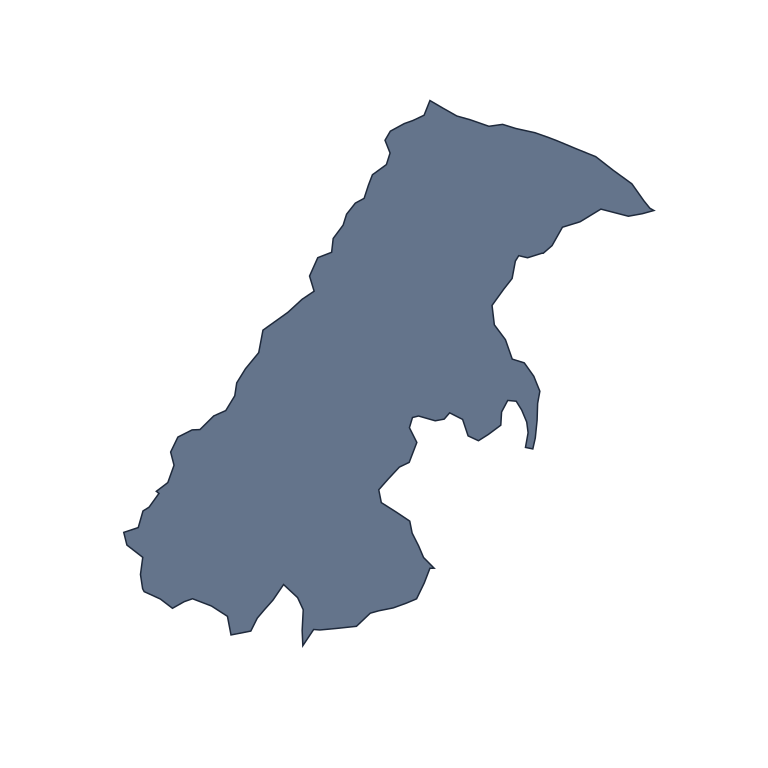 Pano Kivides, Limassol, Cyprus (orthographic projection), rotated 21°
{"feature_id": "46923920B16350634137742", "entity_name": "Pano Kivides", "entity_type": "district", "adm_level": 2, "iso_a3": "CYP", "parent_name": "Cyprus", "parent_adm1": "Limassol", "projection": "orthographic", "projection_center": [32.846, 34.75], "detail": "fine", "context": "isolated", "style": "filled", "palette": "slate", "viewbox_px": 768, "rotation_deg": 21, "n_neighbors": 0, "source": "geoboundaries", "source_scale": "gbopen_adm2", "svg_char_len": 1891}
<svg xmlns="http://www.w3.org/2000/svg" viewBox="0 0 768 768"><g transform="rotate(21 384 384)"><path d="M496.8,538.0L483.1,531.8L474.3,522.7L463.7,513.1L457.2,502.8L441.4,499.2L424.0,495.7L417.0,484.6L422.0,471.2L428.1,456.1L435.6,448.1L435.6,426.8L423.4,415.7L422.6,405.1L427.7,401.5L445.0,400.0L452.8,395.2L455.6,387.4L470.1,388.9L481.1,402.3L492.5,403.1L499.5,393.7L507.8,380.6L503.8,368.0L505.4,355.0L513.6,352.7L521.9,359.0L530.9,368.4L536.0,377.9L538.8,392.5L546.2,391.3L544.6,380.2L539.9,362.9L534.4,347.1L532.1,334.9L524.7,327.0L521.1,323.1L507.4,314.0L494.8,314.8L481.5,299.1L465.8,289.2L456.7,271.9L461.8,252.6L465.8,239.6L462.6,222.2L463.8,215.9L472.8,214.7L484.6,205.3L485.8,204.9L491.3,194.6L494.4,173.7L508.9,162.3L523.8,143.0L552.0,139.8L564.2,132.4L573.8,125.3L569.2,124.6L560.9,119.8L543.7,108.3L521.6,102.4L500.3,95.9L478.6,95.5L458.2,94.9L449.8,94.9L434.8,95.3L415.6,98.2L401.7,99.1L389.6,105.8L370.1,106.4L356.0,107.7L339.9,105.3L325.3,102.9L325.1,118.7L316.5,127.7L309.6,133.6L299.3,145.7L297.6,156.1L306.9,166.2L307.6,178.3L298.2,192.8L298.2,203.9L298.9,217.8L292.4,225.4L288.2,238.9L288.9,250.3L284.4,266.3L287.9,279.8L276.9,289.8L275.8,309.9L285.5,322.4L277.2,334.2L268.6,351.5L251.7,377.1L255.8,399.6L249.2,419.4L246.1,435.7L248.9,448.5L245.8,465.5L236.5,474.8L228.5,492.5L221.3,495.6L210.6,507.4L209.2,524.0L217.1,535.1L217.5,553.5L209.9,565.8L213.1,566.8L208.8,583.2L204.5,588.9L206.0,606.1L194.2,615.8L201.7,626.5L220.9,632.3L224.9,649.1L232.0,661.6L234.5,663.8L252.3,664.9L266.9,669.2L275.5,658.8L282.2,653.1L302.5,653.1L321.1,657.0L331.1,673.1L348.2,662.4L349.6,648.0L353.2,637.7L357.8,625.5L362.1,607.2L379.9,614.4L389.5,623.7L395.9,643.4L402.0,657.4L406.3,638.4L412.3,636.6L426.9,629.4L445.1,620.1L453.3,602.9L460.4,597.6L472.9,589.7L483.6,580.4L491.4,572.9L492.9,555.3L492.9,539.6L496.8,538.0Z" fill="#64748b" stroke="#1e293b" stroke-width="1.5"/></g></svg>